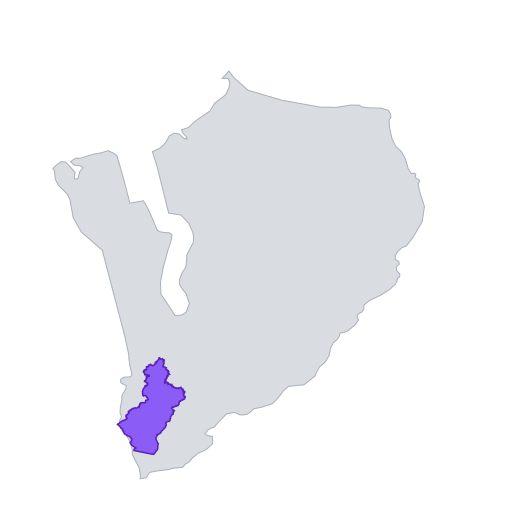 Kedougou, Kédougou, Senegal shown in context, rotated 75°
{"feature_id": "50182788B85082652306110", "entity_name": "Kedougou", "entity_type": "district", "adm_level": 2, "iso_a3": "SEN", "parent_name": "Senegal", "parent_adm1": "Kédougou", "projection": "equal_earth", "projection_center": [-12.631, 12.759], "detail": "fine", "context": "in_parent", "style": "filled", "palette": "violet", "viewbox_px": 512, "rotation_deg": 75, "n_neighbors": 0, "source": "geoboundaries", "source_scale": "gbopen_adm2", "svg_char_len": 9008}
<svg xmlns="http://www.w3.org/2000/svg" viewBox="0 0 512 512"><g transform="rotate(75 256 256)"><path d="M387.2,229.9L392.9,243.0L391.7,249.2L390.4,258.4L393.6,265.0L397.3,269.3L400.0,273.3L403.0,278.8L403.5,289.8L403.0,297.7L404.9,301.2L406.6,305.7L406.2,309.5L405.2,312.8L401.5,317.2L400.9,325.4L406.8,335.4L410.6,340.8L410.6,343.9L411.6,347.3L414.4,351.2L416.1,350.3L418.0,347.1L418.8,344.8L423.9,345.8L426.3,346.8L429.6,353.3L430.8,357.7L431.5,363.1L434.9,369.9L437.9,374.6L438.5,377.6L441.2,381.7L439.5,390.6L439.7,395.2L438.0,407.3L437.6,413.0L437.7,415.1L441.7,419.4L441.3,425.5L437.2,424.4L430.1,423.7L415.9,426.9L411.0,425.6L401.7,426.0L395.1,427.7L386.7,431.7L380.1,430.7L376.6,427.6L371.9,427.8L366.7,426.1L361.1,423.1L356.0,421.6L350.5,416.0L347.9,415.0L346.1,416.5L344.6,418.4L343.0,419.5L340.0,418.5L338.9,414.7L339.8,411.1L340.1,408.3L338.7,406.8L335.3,406.3L329.9,406.3L321.2,405.2L319.1,404.5L299.6,403.5L279.2,403.4L262.0,403.3L240.3,403.2L225.0,403.1L210.7,403.0L199.7,410.4L187.7,418.5L171.7,422.7L153.2,421.1L147.3,422.3L141.2,425.9L136.7,428.5L130.3,430.0L122.1,428.7L118.8,429.5L116.8,425.9L114.4,419.9L115.9,415.6L121.0,412.8L128.5,409.1L132.5,411.0L134.8,411.1L135.2,408.8L134.5,407.5L128.8,404.3L125.9,400.1L123.4,402.6L121.3,407.7L119.5,409.3L117.0,410.7L115.5,407.2L114.9,403.8L116.1,401.2L115.6,386.4L116.3,378.6L116.0,371.7L119.6,367.2L123.0,364.4L136.2,364.1L148.4,363.9L160.2,364.0L172.3,364.2L173.5,350.5L177.3,349.4L183.0,348.0L193.7,346.3L205.5,344.7L208.0,342.0L210.0,337.5L211.3,333.4L213.7,331.7L217.0,333.0L221.3,335.2L225.8,338.5L231.0,341.5L234.4,343.5L242.6,348.3L256.7,355.1L268.3,357.7L282.4,352.8L292.5,349.6L293.8,343.7L292.2,338.0L284.7,332.7L274.4,333.3L271.3,334.7L266.5,336.5L263.6,337.2L258.8,335.9L252.7,331.4L248.8,326.8L243.4,324.6L237.0,322.5L226.8,313.1L221.4,311.4L216.4,310.9L206.6,312.7L197.1,317.8L192.0,329.2L182.5,329.1L162.3,328.7L143.7,328.4L128.4,329.1L126.9,320.8L123.3,314.2L117.5,308.6L116.2,303.3L118.2,298.8L123.9,295.0L125.3,292.3L122.3,292.7L117.8,295.1L114.8,295.3L114.4,288.0L109.5,278.7L104.0,262.9L97.7,256.4L92.4,243.6L86.8,238.7L81.7,236.4L77.3,236.9L75.7,242.7L70.3,234.3L77.8,231.3L93.8,220.8L112.3,190.6L129.0,155.0L131.2,146.6L133.2,140.2L134.7,125.6L137.1,117.0L139.3,115.3L142.1,108.7L145.5,97.0L149.4,90.6L153.6,89.3L156.9,89.8L159.3,92.2L166.2,93.7L177.6,94.3L186.5,92.6L192.8,88.5L201.0,86.5L211.2,86.4L216.5,84.7L217.1,81.4L218.4,80.4L220.5,81.7L222.5,81.2L224.4,78.8L226.3,78.6L228.1,80.7L236.6,81.3L251.8,80.5L265.8,86.6L278.7,99.6L285.3,108.3L285.7,112.7L287.8,117.1L291.7,121.5L295.2,122.3L298.4,119.5L300.9,119.8L302.7,123.2L306.4,123.9L310.5,121.8L313.4,122.6L313.9,124.6L314.6,125.6L316.6,126.1L319.2,128.7L323.0,135.6L326.0,145.3L328.3,157.7L331.4,164.5L335.3,165.6L337.5,168.1L338.0,171.1L339.1,173.1L340.9,174.2L344.2,173.5L348.0,177.7L352.1,186.9L352.8,191.0L352.1,193.2L352.4,194.8L355.1,196.3L357.7,199.3L359.8,203.8L364.3,207.8L371.3,211.3L376.4,216.5L379.5,223.4L385.9,229.3L387.2,229.9Z" fill="#d9dde1" stroke="#a8b0b8" stroke-width="1"/><path d="M374.3,361.0L373.8,360.8L373.5,361.1L373.3,361.0L373.0,361.3L372.9,361.9L372.6,361.9L372.5,361.6L372.0,361.9L371.7,361.6L371.0,362.0L370.6,361.9L370.5,361.5L370.0,361.2L369.8,360.4L369.3,360.4L369.0,360.8L368.8,360.1L368.7,359.9L368.3,359.9L368.2,360.2L368.2,360.9L368.0,361.1L367.5,361.1L367.6,361.4L366.7,361.1L366.4,361.2L366.0,360.9L365.8,361.3L365.6,362.1L365.2,362.2L364.9,362.5L364.6,362.1L364.3,362.6L364.0,362.8L363.4,362.6L363.6,364.3L363.3,365.0L363.8,365.3L363.7,365.6L363.4,365.8L363.5,366.6L363.4,366.8L363.1,366.7L362.7,367.3L362.8,368.3L362.1,368.4L361.9,369.4L361.1,369.3L360.7,369.4L360.6,370.1L360.9,370.4L360.7,370.8L360.4,371.1L360.1,371.1L359.6,370.6L359.0,370.4L358.9,370.5L358.8,371.1L358.5,370.8L358.2,370.7L358.0,371.6L358.3,372.6L358.2,372.3L357.8,372.3L357.3,372.5L357.4,374.0L357.1,373.8L356.4,373.9L355.9,373.7L355.9,373.9L356.0,374.2L355.3,374.3L355.0,374.5L355.1,374.9L355.5,375.6L355.0,375.1L354.9,375.4L354.7,375.4L354.6,376.1L355.3,376.9L355.0,377.2L354.3,377.2L353.9,375.9L353.5,375.4L352.8,376.2L352.6,376.1L352.5,375.8L351.8,375.7L352.1,375.1L351.7,374.6L351.4,375.0L351.1,374.8L351.0,373.9L349.7,372.8L349.3,373.4L348.9,373.3L348.8,372.7L348.9,372.1L348.6,372.2L348.2,371.7L347.7,371.8L347.6,371.6L347.8,370.8L348.0,370.5L348.0,370.3L347.1,370.9L346.7,370.4L345.8,371.3L345.2,370.5L345.0,370.9L344.7,370.8L344.3,370.3L344.2,370.3L344.2,370.6L343.5,371.3L342.5,371.4L342.4,371.6L342.5,372.0L342.3,372.4L341.1,372.2L340.6,371.7L340.3,372.4L339.7,372.7L339.5,373.2L339.5,373.6L339.0,374.3L338.5,374.6L337.8,374.0L337.6,373.6L336.7,373.3L336.1,372.7L335.5,372.5L335.1,372.9L334.5,372.5L334.3,372.9L333.6,372.8L333.6,372.7L333.8,372.2L333.4,371.7L333.0,371.9L332.9,372.5L332.7,372.6L332.4,372.5L332.3,372.1L331.8,372.8L331.5,372.7L331.1,372.9L331.2,373.1L331.1,373.4L331.2,373.7L331.1,373.9L331.2,374.2L331.0,374.6L330.6,375.0L330.3,375.0L329.6,375.7L329.3,375.6L329.2,375.9L329.5,376.2L330.8,376.6L331.2,377.7L332.0,378.8L332.3,379.9L332.5,379.3L333.0,379.5L333.8,380.6L334.2,382.0L334.6,382.5L335.0,382.7L335.2,384.2L334.6,384.7L334.4,385.4L333.8,385.7L332.9,385.4L333.6,386.0L333.5,387.6L334.0,387.8L335.1,388.6L335.2,388.9L335.2,389.0L334.5,389.6L334.7,390.5L335.4,390.5L336.1,391.1L337.5,391.1L337.8,391.8L337.8,392.3L337.1,392.6L337.1,392.9L337.6,393.5L337.4,393.7L337.5,393.9L338.3,394.5L338.6,394.7L338.9,394.4L338.9,393.3L339.1,394.0L339.4,394.5L340.8,394.0L341.7,394.2L342.0,394.1L342.3,393.7L342.0,393.2L342.0,392.7L342.7,392.1L343.1,390.6L343.7,390.0L344.5,390.2L344.6,390.4L344.5,390.8L343.7,391.7L343.7,392.8L344.1,393.3L344.6,393.3L344.8,392.9L344.9,392.5L345.3,392.7L346.2,394.0L346.7,393.8L347.3,394.2L347.6,395.8L348.0,396.2L348.3,396.2L349.0,395.2L349.4,395.1L349.8,394.7L350.3,394.6L350.3,394.4L350.7,393.5L350.9,393.5L351.5,393.9L352.4,394.1L352.5,394.4L352.4,395.4L352.6,396.8L352.8,396.9L353.0,396.8L353.3,396.0L353.7,397.3L355.2,399.2L357.6,400.8L358.4,400.7L359.5,401.3L360.4,401.0L360.9,401.4L361.3,401.5L362.2,400.9L362.2,400.5L362.0,399.7L362.2,398.8L362.7,398.6L363.2,398.1L364.4,398.3L364.6,398.1L364.9,397.4L365.7,397.4L366.5,397.1L366.8,397.3L367.2,398.4L366.7,399.3L366.8,399.8L367.7,400.4L368.7,400.4L368.9,400.7L368.9,401.2L369.1,401.7L369.4,401.8L368.9,401.8L368.7,402.0L368.8,402.5L368.5,402.9L368.5,403.4L368.5,403.5L368.2,403.6L368.1,404.1L368.0,405.1L368.4,405.3L368.3,405.5L368.3,405.8L368.6,405.8L368.6,406.3L369.0,406.7L369.3,406.3L369.8,407.1L370.1,407.2L370.3,407.1L370.7,407.7L370.9,407.4L371.1,407.6L371.2,408.6L371.6,408.5L371.3,408.9L371.8,409.7L371.9,410.9L371.8,411.7L371.3,412.0L371.3,412.3L371.4,412.6L371.4,413.3L371.6,413.3L371.8,413.8L371.7,414.3L371.4,414.4L371.4,414.9L371.7,415.6L371.9,415.9L371.9,416.4L372.1,416.7L372.4,416.7L372.3,416.9L372.3,417.6L372.9,418.3L372.9,419.0L373.0,419.2L373.2,418.9L373.8,419.0L374.3,419.2L374.4,419.9L374.6,419.9L374.8,420.1L375.2,420.0L375.6,421.0L375.9,422.2L376.2,422.2L376.3,422.6L376.7,422.5L376.8,422.9L377.1,422.9L377.2,423.2L378.4,423.0L378.6,422.6L378.8,422.5L379.7,422.6L380.1,423.6L379.9,424.2L380.3,424.5L380.6,425.2L380.5,426.0L380.8,426.3L380.4,427.0L380.6,428.2L381.0,428.6L381.6,430.6L382.1,431.0L382.3,432.3L382.7,433.4L386.5,431.0L387.3,431.0L387.6,430.5L389.3,429.6L389.8,430.0L390.3,429.8L390.7,429.3L391.2,429.2L391.5,429.6L391.8,429.6L393.0,429.1L393.8,429.1L393.9,428.6L395.0,428.0L395.3,427.3L396.4,426.9L397.5,424.8L397.9,424.5L398.3,424.6L398.7,424.4L399.0,424.0L399.5,424.0L399.8,423.7L400.3,423.7L400.8,423.3L401.2,423.8L402.0,423.8L402.9,425.1L403.3,425.2L403.6,425.8L403.9,425.8L404.5,425.7L404.7,425.4L405.5,425.1L405.9,425.3L406.6,425.0L410.4,421.8L410.9,423.6L411.9,424.2L412.3,424.2L420.3,408.2L421.1,406.2L420.2,404.8L418.3,402.6L417.7,401.5L416.9,400.9L412.5,399.4L411.9,399.0L411.7,399.3L411.2,399.6L410.6,399.4L408.4,399.9L406.0,399.9L405.7,399.7L405.0,398.9L404.4,398.5L404.2,398.5L403.4,397.9L402.8,397.9L402.8,397.6L403.4,397.2L402.9,396.4L402.8,395.3L402.6,394.7L402.3,394.6L402.0,393.6L401.5,393.3L401.2,392.8L400.7,392.7L400.3,391.9L400.2,391.4L399.8,391.0L399.1,389.5L398.6,389.3L398.6,388.9L398.1,387.9L397.6,387.5L396.7,387.4L396.4,386.7L395.9,386.3L394.5,386.4L394.4,386.2L393.6,386.1L393.2,385.1L393.1,384.4L393.2,382.4L392.4,381.4L391.0,381.2L390.8,381.0L390.8,380.7L390.5,380.4L389.2,380.1L388.6,379.4L388.1,379.1L387.9,378.4L387.5,378.2L387.3,377.0L386.6,376.6L386.0,376.7L385.9,376.4L385.5,376.5L385.2,376.0L384.8,376.0L384.5,375.0L384.3,374.8L383.6,375.4L383.5,376.0L382.8,376.0L381.9,376.7L381.1,376.9L380.3,376.0L380.2,375.9L380.3,375.2L380.7,375.2L380.8,375.0L380.5,374.3L380.5,373.1L380.2,372.5L380.4,371.9L380.0,371.9L380.3,371.3L380.2,371.0L380.2,370.1L379.4,368.9L378.7,368.5L378.2,368.6L377.5,368.0L376.6,367.6L376.6,367.4L376.8,366.6L376.6,366.5L376.4,366.6L376.4,366.0L376.0,365.5L376.2,364.8L376.0,363.9L375.7,363.8L375.9,363.1L375.5,362.7L375.6,362.1L375.2,362.0L374.9,361.6L374.4,361.5L374.3,361.0Z" fill="#8b5cf6" stroke="#5b21b6" stroke-width="1.5"/></g></svg>